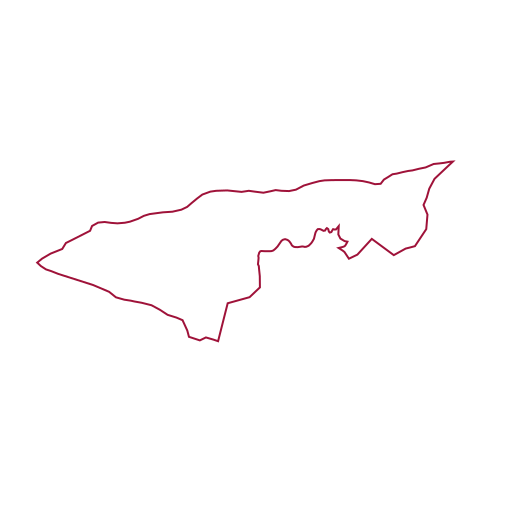 Sipsu, Samchi, Bhutan, rotated 76°
{"feature_id": "84629894B94352407868213", "entity_name": "Sipsu", "entity_type": "district", "adm_level": 2, "iso_a3": "BTN", "parent_name": "Bhutan", "parent_adm1": "Samchi", "projection": "albers", "projection_center": [88.886, 27.002], "detail": "fine", "context": "isolated", "style": "outline", "palette": "rose", "viewbox_px": 512, "rotation_deg": 76, "n_neighbors": 0, "source": "geoboundaries", "source_scale": "gbopen_adm2", "svg_char_len": 2305}
<svg xmlns="http://www.w3.org/2000/svg" viewBox="0 0 512 512"><g transform="rotate(76 256 256)"><path d="M212.0,42.1L211.5,44.8L211.1,51.1L210.5,55.9L209.7,61.4L211.1,70.0L210.8,76.7L210.8,83.5L210.3,87.8L210.1,93.4L210.1,99.5L209.7,103.8L211.3,108.6L212.8,113.4L216.1,117.6L215.1,123.2L212.0,128.5L209.2,134.2L206.8,140.6L205.1,146.3L203.3,153.5L201.8,159.5L200.5,165.1L199.2,171.2L198.7,176.4L198.8,183.6L199.2,192.6L201.3,201.2L201.0,208.2L198.9,215.5L196.8,221.0L196.7,226.0L196.4,233.5L193.3,241.5L191.0,247.2L190.3,254.5L185.4,268.1L183.1,278.9L182.5,284.7L183.4,293.2L185.9,299.1L188.9,305.4L191.7,310.9L193.0,317.2L192.8,326.4L191.1,335.8L189.6,349.1L189.9,355.1L191.4,361.4L192.2,370.0L192.0,375.2L190.8,382.5L188.8,388.6L186.4,394.6L185.4,401.1L187.2,407.8L191.4,410.9L196.1,431.4L197.4,437.3L202.3,442.3L204.0,454.7L206.8,464.2L209.5,469.9L213.8,467.1L218.2,463.0L221.1,458.4L225.6,452.1L244.8,421.0L255.2,407.2L262.2,401.9L266.5,394.4L269.1,388.2L270.7,385.0L273.7,378.3L278.5,369.3L284.8,362.4L291.7,356.0L296.5,348.1L300.5,342.8L311.7,340.7L318.2,340.6L324.3,330.9L322.9,324.3L326.8,317.6L329.5,313.4L305.8,300.7L295.0,294.9L294.4,272.2L287.4,259.8L276.5,257.2L268.8,256.1L266.4,255.7L264.5,256.1L262.6,255.4L259.8,254.4L258.3,253.9L256.5,253.8L254.8,252.8L253.7,252.2L252.6,251.0L252.4,249.8L253.4,246.5L254.3,242.9L254.8,240.9L255.0,239.6L254.8,237.8L253.7,235.5L252.0,232.8L249.0,229.4L247.5,227.7L246.8,226.1L246.7,224.9L246.7,223.7L247.7,222.0L248.6,221.0L249.7,220.2L251.3,219.5L252.7,219.0L254.4,218.6L256.0,217.3L256.7,216.1L257.5,213.4L257.8,210.2L257.9,208.9L258.4,207.6L259.0,206.4L259.2,205.0L258.8,202.5L257.9,200.9L256.9,199.3L255.7,197.9L253.3,195.6L249.3,193.5L247.5,192.5L245.8,190.9L244.9,189.6L245.1,188.2L245.7,186.9L247.1,185.3L247.9,184.4L248.0,182.8L246.8,181.7L246.1,180.5L247.4,179.4L248.5,179.4L249.9,179.4L251.1,178.7L251.0,177.1L249.6,175.8L248.6,174.7L249.3,173.4L249.6,172.0L247.0,168.5L255.0,170.9L259.5,169.9L263.0,166.4L264.2,163.8L265.6,165.0L267.5,166.9L268.0,167.9L268.2,169.6L268.2,173.9L271.7,170.6L273.5,169.2L281.1,166.5L279.2,157.3L267.4,139.5L288.5,122.1L285.0,109.0L285.0,105.9L285.0,104.7L284.9,99.4L271.1,84.3L257.3,79.6L247.0,81.1L240.8,76.3L232.6,71.6L224.3,64.1L215.1,47.7L212.0,42.1Z" fill="none" stroke="#9f1239" stroke-width="2"/></g></svg>